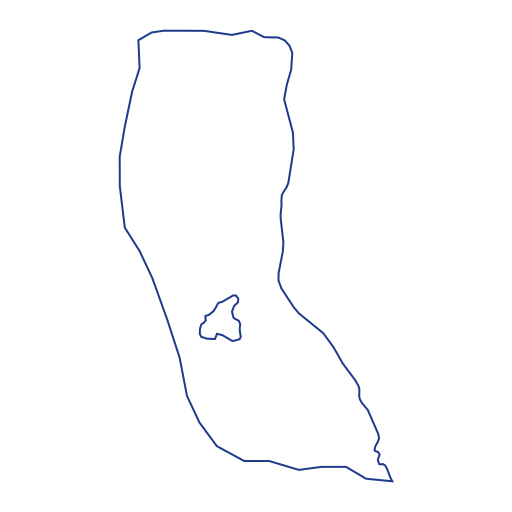 SVG path tracing the border of North-East
{"feature_id": "BWA-4853", "entity_name": "North-East", "entity_type": "District", "adm_level": 1, "iso_a3": "BWA", "parent_name": "Botswana", "parent_adm1": "", "projection": "natural_earth1", "projection_center": [27.629, -21.012], "detail": "fine", "context": "isolated", "style": "outline", "palette": "blue", "viewbox_px": 512, "rotation_deg": 0, "n_neighbors": 0, "source": "natural_earth", "source_scale": "10m", "svg_char_len": 1455}
<svg xmlns="http://www.w3.org/2000/svg" viewBox="0 0 512 512"><path d="M163.8,30.7L203.7,30.8L231.9,34.9L251.9,30.8L264.2,37.2L278.3,37.5L284.6,40.3L289.6,45.8L292.3,53.1L291.2,69.6L286.9,84.4L284.1,99.3L292.9,132.5L293.7,149.2L288.3,183.0L286.4,187.7L283.9,191.3L281.8,195.1L281.4,200.6L281.5,205.4L280.6,214.7L280.7,218.8L283.4,242.3L282.9,251.1L278.6,273.2L278.5,280.5L281.4,288.4L293.5,306.9L298.8,313.3L323.3,333.2L333.7,347.5L342.7,363.4L355.3,380.3L358.6,386.2L359.4,389.6L359.2,396.1L359.8,399.2L362.0,403.1L367.8,410.0L378.2,433.8L379.1,438.2L378.0,441.4L375.3,446.4L374.5,450.4L375.7,451.2L378.2,452.1L379.6,454.5L377.8,459.9L379.2,464.0L380.9,464.4L382.9,464.0L385.3,465.6L387.1,469.0L390.3,477.5L392.3,481.3L366.0,478.7L346.1,466.9L321.3,466.9L298.9,469.9L269.1,461.0L244.2,461.0L216.9,446.2L199.5,422.6L187.0,396.0L179.6,357.6L167.1,319.2L152.2,277.8L139.7,251.2L124.8,227.6L119.8,186.2L119.7,156.7L124.7,127.2L132.1,91.7L139.6,68.1L138.4,40.2L151.6,32.5L163.8,30.7ZM233.6,340.9L239.6,339.2L240.8,336.6L240.2,333.8L239.7,329.0L240.2,323.9L238.7,320.7L235.3,319.0L233.5,317.8L232.0,311.6L234.1,305.9L237.9,302.4L238.3,298.8L236.1,295.6L233.2,295.4L229.9,297.4L222.2,301.8L218.3,302.9L215.6,307.8L213.6,311.0L209.1,314.8L205.5,315.9L205.3,317.4L205.8,320.4L203.8,322.7L201.4,324.3L200.0,328.6L199.8,333.8L201.2,336.8L207.1,338.7L215.0,339.0L217.0,333.8L222.3,335.1L232.0,340.8L233.6,340.9Z" fill="none" stroke="#1e3a8a" stroke-width="2"/></svg>